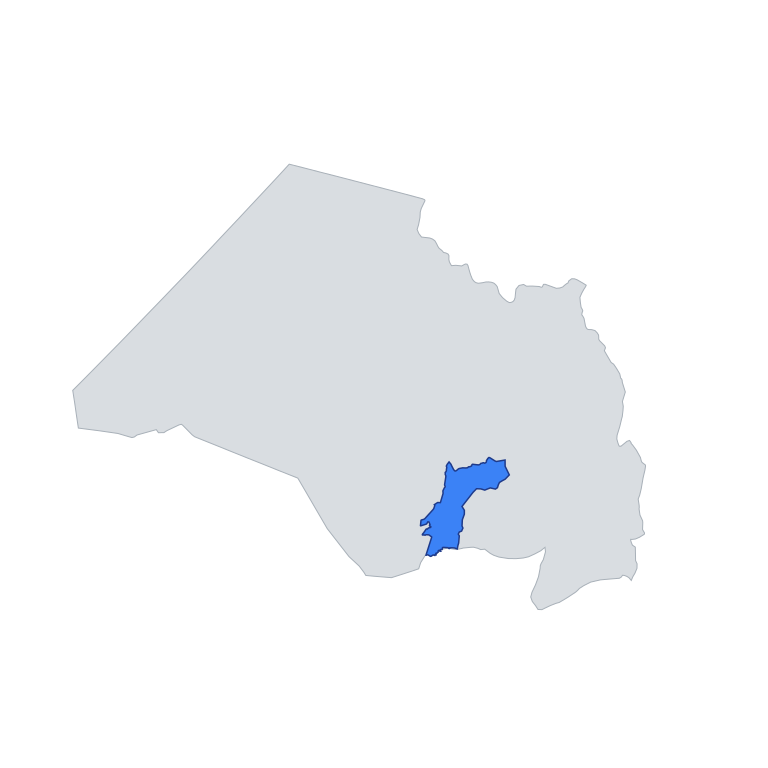 where Hadjer-Lamis sits in Chad, rotated 287°
{"feature_id": "TCD-1464", "entity_name": "Hadjer-Lamis", "entity_type": "Prefecture", "adm_level": 1, "iso_a3": "TCD", "parent_name": "Chad", "parent_adm1": "", "projection": "orthographic", "projection_center": [15.964, 12.449], "detail": "fine", "context": "in_parent", "style": "filled", "palette": "blue", "viewbox_px": 768, "rotation_deg": 287, "n_neighbors": 0, "source": "natural_earth", "source_scale": "10m", "svg_char_len": 7405}
<svg xmlns="http://www.w3.org/2000/svg" viewBox="0 0 768 768"><g transform="rotate(287 384 384)"><path d="M566.5,229.1L567.3,245.6L568.0,262.0L568.8,278.5L569.5,295.1L570.2,311.6L570.9,328.1L571.6,344.7L572.2,361.2L572.4,366.7L572.1,368.9L571.9,369.2L571.2,369.6L562.7,368.3L559.0,368.4L553.9,369.7L546.3,370.5L541.4,370.5L538.0,373.4L535.5,376.9L537.0,385.1L536.8,387.9L535.9,390.7L533.6,393.2L531.4,395.2L530.0,396.9L528.4,400.7L527.2,402.5L527.4,404.8L527.0,407.3L525.7,408.6L522.1,409.6L519.9,410.8L518.1,412.6L516.9,413.9L517.6,415.7L518.5,418.0L519.2,421.6L519.6,423.8L521.4,425.5L522.5,426.7L522.9,428.3L521.9,429.6L517.6,432.3L515.9,433.4L513.9,434.8L513.2,435.3L510.0,437.9L508.5,440.2L507.8,442.1L507.9,444.7L509.6,448.5L511.4,451.7L512.2,454.2L512.7,456.9L512.6,459.5L511.7,461.7L510.2,463.8L504.2,467.7L501.3,472.0L499.1,477.1L498.5,479.9L499.2,481.7L500.5,483.2L502.3,484.0L505.0,484.1L509.3,483.2L513.3,482.5L517.7,484.3L520.0,488.4L519.2,491.6L521.0,497.2L522.6,503.9L522.5,506.2L523.2,507.0L525.9,507.4L526.5,509.0L525.9,520.9L527.3,524.2L529.1,526.6L531.2,527.8L533.3,529.3L534.4,530.4L536.7,530.6L539.5,532.7L540.3,535.5L540.1,538.3L538.7,544.4L537.6,548.5L536.0,548.3L532.8,547.4L529.0,546.6L524.2,546.0L519.7,547.8L514.9,550.1L513.4,551.7L512.1,552.7L509.9,552.6L508.0,552.9L506.9,554.4L505.2,556.1L498.2,559.8L496.8,561.1L495.9,562.4L495.9,563.7L496.7,566.6L496.8,570.1L495.2,573.0L493.5,574.9L491.4,575.7L489.7,576.2L488.5,577.4L485.0,583.9L483.4,585.2L480.2,585.0L471.0,594.9L470.1,597.8L466.8,601.9L462.6,606.5L458.7,608.7L458.4,609.6L457.4,610.5L455.1,611.5L446.9,617.1L437.0,617.1L432.7,619.3L428.5,620.3L422.3,621.4L420.4,621.4L412.4,621.9L403.1,621.9L399.5,622.7L396.2,624.8L393.7,626.7L393.3,627.3L393.7,628.1L393.6,628.7L400.2,633.1L401.8,635.3L400.2,637.4L399.4,637.7L399.3,637.9L398.3,639.6L394.5,644.7L388.7,650.7L385.7,652.5L384.5,653.6L383.0,657.6L382.0,658.1L378.0,658.7L370.0,659.2L359.0,660.6L352.4,661.0L348.3,660.7L342.5,663.5L340.5,664.2L339.2,664.4L333.5,667.1L328.8,671.3L327.1,672.0L320.4,673.8L317.7,676.7L316.5,676.9L312.2,673.2L309.3,669.8L307.8,666.4L307.6,665.3L306.8,665.5L304.5,667.0L302.5,668.7L301.5,672.0L294.6,674.3L288.7,676.2L286.0,678.6L281.8,679.8L276.5,679.3L272.4,678.3L268.4,677.9L270.3,675.0L271.0,672.7L271.2,670.0L270.9,668.1L268.5,667.2L267.0,665.8L263.6,657.2L260.0,648.3L255.0,639.6L249.6,634.0L245.6,630.6L244.4,630.1L242.4,629.0L241.0,628.1L233.7,622.1L226.3,615.4L224.4,612.4L220.7,607.8L216.5,603.2L214.4,601.0L213.4,597.2L216.3,593.8L219.4,589.4L223.2,586.6L228.1,586.4L236.2,587.6L244.9,588.1L253.5,587.2L255.8,586.6L258.0,586.7L262.6,587.7L270.7,587.5L274.9,585.7L270.4,582.7L265.6,577.9L261.0,572.7L258.3,568.0L255.8,561.9L253.5,554.3L252.1,544.5L252.3,539.0L253.1,535.1L255.5,528.6L253.9,524.9L254.3,521.8L254.1,517.3L253.3,515.0L250.2,507.5L249.6,506.7L246.8,501.5L245.6,492.9L242.6,487.1L237.6,484.3L234.7,481.0L233.7,475.0L231.8,473.4L223.9,471.3L217.4,471.2L212.6,464.5L206.6,455.9L201.0,447.8L197.5,431.8L195.6,422.6L198.0,419.9L202.7,413.4L208.7,401.0L222.2,381.8L229.1,372.0L242.7,357.3L259.4,339.3L268.8,329.1L270.3,310.6L272.0,291.0L273.2,276.2L274.7,258.7L276.0,244.0L276.9,233.4L278.2,218.3L279.3,215.4L285.7,203.6L286.2,202.0L285.0,200.0L275.9,190.0L273.1,187.7L271.5,182.5L273.8,179.6L263.0,162.7L260.3,160.7L259.1,158.6L259.0,155.6L258.9,144.0L256.1,125.8L252.5,104.6L265.1,98.6L274.7,94.1L286.9,88.2L298.2,94.2L314.6,102.8L331.1,111.4L347.6,120.0L364.2,128.5L380.9,137.0L397.5,145.5L414.3,154.0L431.0,162.5L447.8,170.9L464.7,179.3L481.6,187.6L498.5,196.0L515.5,204.3L532.4,212.6L549.4,220.9L566.5,229.1Z" fill="#d9dde1" stroke="#a8b0b8" stroke-width="1"/><path d="M235.3,483.0L235.1,482.9L234.9,482.8L234.9,482.4L234.9,481.0L234.2,480.4L233.1,479.5L232.8,479.0L232.8,478.5L233.3,476.8L233.4,476.0L233.3,475.4L233.0,474.9L232.5,474.3L232.5,474.2L233.2,474.2L251.2,474.4L251.5,474.3L251.8,474.2L252.1,473.1L252.6,471.8L252.8,470.9L252.8,470.7L252.2,468.4L252.1,468.2L251.8,467.9L251.6,467.7L251.4,467.5L251.4,467.3L251.4,466.6L251.2,466.0L251.1,465.6L250.9,465.3L250.9,465.1L250.9,464.9L251.0,464.8L251.2,464.7L251.5,464.7L252.2,464.9L252.8,465.2L253.5,465.5L254.0,465.6L254.3,465.7L254.5,465.8L254.8,465.9L255.1,466.0L256.2,466.3L257.4,466.7L257.6,466.8L257.8,467.0L257.9,467.6L257.9,467.8L258.0,467.9L258.2,468.0L259.0,468.4L259.2,468.5L259.4,468.8L259.5,469.0L259.8,469.2L259.9,469.3L260.2,470.1L260.3,470.2L260.4,470.4L260.5,470.5L260.9,470.6L261.1,470.6L261.3,470.3L261.4,470.1L261.4,469.9L261.5,469.4L261.6,469.2L261.8,468.9L262.2,468.8L262.4,468.8L262.6,468.8L262.8,469.1L263.0,469.1L265.0,467.5L265.1,467.4L265.2,467.2L265.0,466.4L264.9,466.3L264.8,466.1L264.6,466.1L262.8,465.7L262.6,465.6L262.4,465.4L259.3,460.9L259.1,460.5L259.2,460.3L259.6,460.2L264.2,459.3L264.6,459.3L264.9,459.5L265.0,459.7L265.9,461.1L266.3,461.7L267.0,462.3L267.3,462.5L271.6,464.5L278.2,467.6L279.4,468.0L282.0,468.1L282.9,468.0L283.3,467.4L286.3,469.9L286.4,470.2L287.0,472.5L287.5,472.6L296.5,472.5L296.8,472.4L297.4,472.2L298.1,471.9L298.7,471.7L298.9,471.6L299.3,471.6L300.6,471.8L301.0,471.9L301.9,472.0L302.4,472.1L302.9,472.3L303.3,472.5L303.5,472.5L303.8,472.5L304.1,472.3L304.3,472.2L304.7,471.8L304.9,471.6L305.3,471.4L313.6,470.2L314.0,470.0L314.3,469.9L314.6,469.7L315.2,469.2L315.4,469.0L315.8,468.9L316.5,468.7L316.9,468.5L317.2,468.4L317.4,468.4L317.9,468.7L318.2,468.9L319.1,469.0L319.4,469.0L320.0,468.8L320.4,468.7L322.5,468.4L322.8,468.3L323.0,468.2L323.5,467.7L324.0,467.6L325.9,468.0L328.5,469.0L327.0,471.3L326.4,471.9L325.9,472.3L322.7,475.4L321.7,476.8L321.7,477.0L321.6,477.5L321.7,477.8L321.9,478.1L323.0,479.0L323.9,479.5L325.0,480.4L325.2,480.7L326.8,483.7L326.9,484.0L327.5,486.4L328.0,487.7L328.3,488.2L328.4,488.3L328.5,488.5L328.8,488.7L329.2,488.8L329.4,488.9L329.5,489.0L329.6,489.3L330.0,490.2L330.1,490.5L330.3,490.7L330.6,490.9L330.9,491.3L331.0,491.5L331.3,491.7L331.5,491.7L331.8,491.7L332.2,491.7L332.5,491.7L332.7,491.8L332.9,491.9L333.2,492.3L333.3,492.7L333.3,493.1L334.2,497.8L334.4,498.3L335.1,499.2L335.2,499.3L335.4,499.4L336.3,499.7L336.4,499.8L336.5,500.0L336.9,500.8L337.0,501.0L337.3,501.3L337.6,501.7L337.7,502.0L337.8,502.2L337.7,503.3L337.8,503.5L338.4,504.2L338.5,504.3L338.9,504.5L339.3,504.6L339.8,504.6L340.0,504.6L340.6,504.4L340.8,504.4L341.0,504.4L341.4,504.5L341.7,504.7L341.8,504.8L342.0,504.9L342.8,504.9L343.0,505.0L343.5,505.3L344.0,505.5L344.3,505.7L344.5,506.6L342.8,512.9L342.8,513.4L342.7,514.0L343.0,514.6L346.7,522.0L340.7,523.9L333.7,530.4L328.4,527.7L326.2,525.5L323.6,523.2L321.0,522.8L318.0,522.8L316.1,521.3L315.7,516.0L313.9,513.7L312.0,511.4L312.0,507.3L310.9,503.1L306.4,500.8L289.7,494.4L286.7,497.8L283.0,498.9L277.1,498.6L271.1,500.1L269.3,501.6L266.0,501.2L264.5,499.3L262.2,498.9L260.8,500.4L257.0,501.2L253.7,501.9L251.1,501.9L247.7,502.3L247.8,499.7L247.8,499.4L247.2,496.6L246.7,495.6L246.8,495.1L246.7,494.9L246.3,494.7L246.2,494.7L246.2,494.9L245.9,494.6L245.7,494.5L245.7,494.1L245.8,493.9L246.1,493.3L246.2,493.1L245.1,488.5L244.7,487.8L243.5,488.0L242.8,488.0L242.6,487.4L242.5,487.0L242.2,486.6L241.9,486.3L241.6,486.2L241.4,486.3L240.8,487.2L240.4,486.6L240.9,485.4L240.7,484.8L240.1,484.6L239.0,484.9L238.5,484.5L238.2,484.3L237.6,483.9L237.5,483.7L237.5,483.4L237.4,483.2L237.1,483.1L236.9,483.2L236.2,483.7L235.8,483.8L235.7,483.6L235.6,483.2L235.6,482.9L235.3,483.0Z" fill="#3b82f6" stroke="#1e3a8a" stroke-width="1.5"/></g></svg>